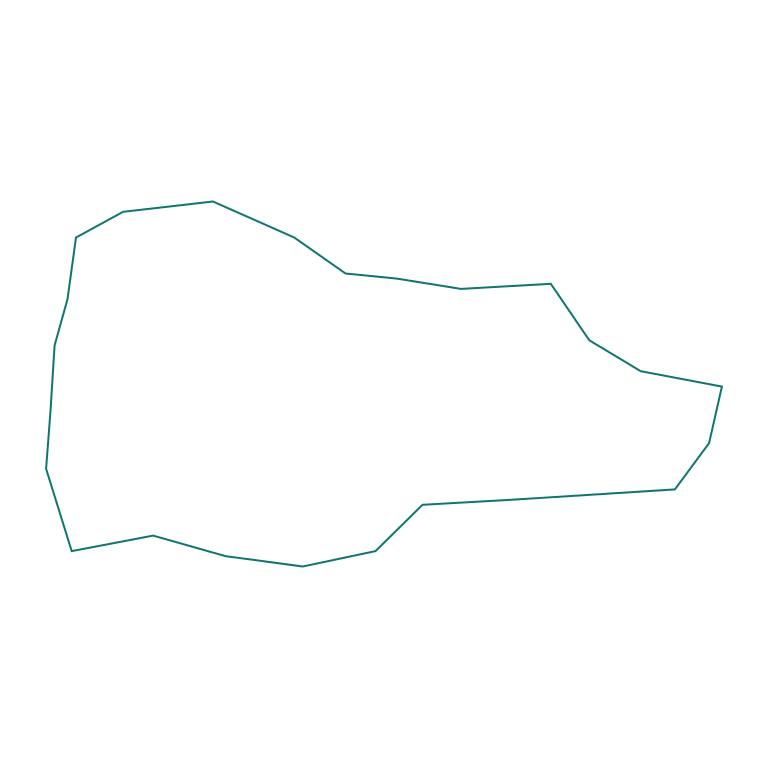 an SVG outline of Attard
{"feature_id": "MLT-5920", "entity_name": "Attard", "entity_type": "state/province", "adm_level": 1, "iso_a3": "MLT", "parent_name": "Malta", "parent_adm1": "", "projection": "robinson", "projection_center": [14.431, 35.889], "detail": "fine", "context": "isolated", "style": "outline", "palette": "teal", "viewbox_px": 768, "rotation_deg": 0, "n_neighbors": 0, "source": "natural_earth", "source_scale": "10m", "svg_char_len": 421}
<svg xmlns="http://www.w3.org/2000/svg" viewBox="0 0 768 768"><path d="M212.9,201.5L294.2,237.5L345.5,273.5L396.8,278.6L461.0,288.9L550.8,283.8L589.3,340.3L640.7,371.2L721.9,386.6L709.1,443.1L674.9,489.4L512.3,499.7L422.5,504.8L375.5,551.1L302.7,566.5L225.7,556.2L153.0,535.6L71.7,551.1L46.1,468.8L50.4,412.3L54.6,345.4L67.5,299.2L76.0,237.5L123.1,211.8L212.9,201.5Z" fill="none" stroke="#0f766e" stroke-width="2"/></svg>